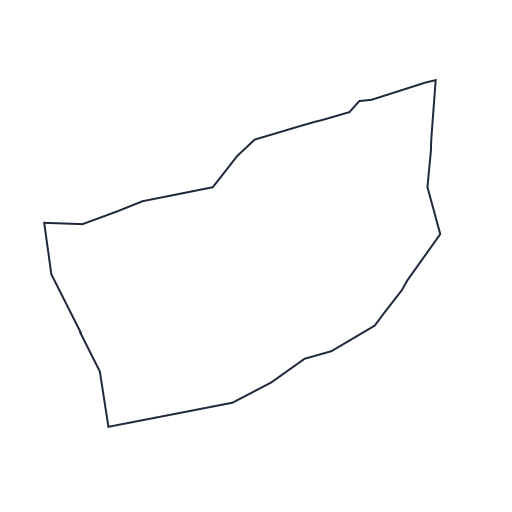 the district of Delgercogt, Dundgovi, Mongolia, rotated 261°
{"feature_id": "93677404B64983706769392", "entity_name": "Delgercogt", "entity_type": "district", "adm_level": 2, "iso_a3": "MNG", "parent_name": "Mongolia", "parent_adm1": "Dundgovi", "projection": "mercator", "projection_center": [106.308, 46.266], "detail": "fine", "context": "isolated", "style": "outline", "palette": "slate", "viewbox_px": 512, "rotation_deg": 261, "n_neighbors": 0, "source": "geoboundaries", "source_scale": "gbopen_adm2", "svg_char_len": 579}
<svg xmlns="http://www.w3.org/2000/svg" viewBox="0 0 512 512"><g transform="rotate(261 256 256)"><path d="M168.7,362.4L180.6,374.6L199.3,394.6L208.4,401.8L239.8,432.6L248.8,441.4L297.2,436.1L334.1,445.6L338.3,446.2L346.6,448.0L401.6,461.0L400.8,450.4L392.2,394.3L392.9,382.3L383.5,370.8L379.8,341.3L379.3,334.7L377.0,316.5L371.2,272.9L357.8,253.2L330.7,224.1L327.9,152.7L322.0,126.8L314.6,89.7L321.9,52.0L269.9,51.0L207.9,70.9L207.9,70.4L166.4,83.7L110.4,83.5L114.8,209.8L128.7,251.2L146.9,287.9L150.2,315.6L168.7,362.4Z" fill="none" stroke="#1e293b" stroke-width="2"/></g></svg>